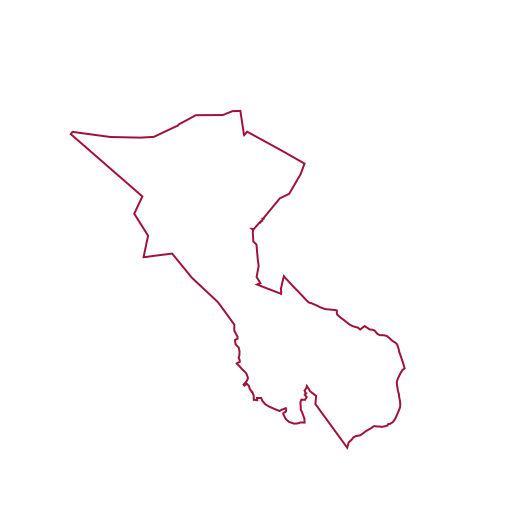 outline of San Juan Yucuita, Oaxaca, Mexico, rotated 138°
{"feature_id": "50627088B89370206265788", "entity_name": "San Juan Yucuita", "entity_type": "district", "adm_level": 2, "iso_a3": "MEX", "parent_name": "Mexico", "parent_adm1": "Oaxaca", "projection": "equal_earth", "projection_center": [-97.266, 17.522], "detail": "fine", "context": "isolated", "style": "outline", "palette": "rose", "viewbox_px": 512, "rotation_deg": 138, "n_neighbors": 0, "source": "geoboundaries", "source_scale": "gbopen_adm2", "svg_char_len": 2967}
<svg xmlns="http://www.w3.org/2000/svg" viewBox="0 0 512 512"><g transform="rotate(138 256 256)"><path d="M318.0,219.9L318.0,219.5L319.7,217.6L320.7,216.7L322.2,214.8L322.8,212.2L323.7,208.5L324.9,207.0L326.3,207.3L327.8,207.6L329.0,206.0L330.3,203.8L330.1,199.6L332.0,196.2L334.9,193.2L336.7,192.3L337.8,189.6L338.8,188.2L341.5,189.0L342.3,189.0L342.0,184.3L342.1,182.8L342.1,180.7L341.8,178.5L341.7,176.1L341.9,174.8L343.5,170.9L344.9,169.9L347.1,169.2L351.3,168.7L351.4,167.5L348.3,167.1L348.2,164.1L349.6,161.4L349.8,160.0L349.8,158.9L350.3,157.7L349.8,157.3L350.4,155.8L351.1,153.8L353.9,150.6L353.4,150.2L351.6,148.0L350.3,149.8L347.2,147.0L348.2,144.0L348.2,143.5L348.3,139.5L347.0,135.3L344.7,130.2L342.3,125.1L340.2,124.7L335.7,123.0L336.4,121.5L338.1,120.3L340.4,121.0L341.2,120.7L341.6,120.1L342.6,116.4L343.0,114.8L342.5,110.7L340.0,106.1L338.0,104.4L336.1,103.2L334.1,102.4L331.4,99.7L328.9,102.7L328.1,104.7L326.0,109.9L325.5,112.0L323.4,114.3L321.0,117.5L318.6,118.8L318.1,118.7L318.1,118.4L315.8,116.3L312.7,117.3L312.7,120.2L311.7,120.2L310.6,120.4L311.0,121.2L309.8,123.2L309.9,123.4L307.0,124.2L305.2,125.3L306.3,119.1L305.1,112.7L304.9,111.8L310.9,106.3L316.5,52.5L311.9,55.4L308.0,55.5L305.0,56.0L302.1,55.3L299.5,53.6L298.2,52.9L291.5,52.3L289.3,51.8L285.1,50.9L283.0,50.8L282.0,50.5L279.9,48.1L277.7,46.0L277.0,44.9L275.3,43.9L273.3,42.8L271.6,42.0L270.4,42.7L268.9,41.6L265.6,41.0L261.7,41.8L253.2,45.6L250.1,47.2L247.9,49.4L245.6,52.6L244.2,55.1L242.4,57.4L240.7,61.0L239.0,63.4L237.5,65.8L235.5,68.4L232.3,70.1L226.5,72.4L223.4,73.3L220.7,73.1L218.5,77.6L214.7,86.4L213.9,88.7L212.9,90.0L210.3,95.8L210.4,98.2L211.5,102.0L211.8,106.0L212.3,108.9L213.3,110.6L214.7,112.3L216.8,114.1L217.9,116.6L217.9,118.6L217.7,121.0L218.6,123.0L220.6,125.2L222.2,131.3L227.8,131.6L228.2,134.6L229.8,137.0L231.2,139.5L232.4,142.6L233.3,148.3L234.3,153.3L234.7,156.2L234.8,158.2L234.4,159.2L233.7,159.9L232.9,160.9L232.4,161.7L234.6,164.3L239.9,170.0L240.8,171.5L242.7,175.2L243.9,178.4L245.0,180.7L246.3,183.7L247.7,185.7L248.0,187.2L248.2,192.2L248.2,195.1L248.4,199.1L248.3,200.0L248.5,203.6L248.7,208.6L248.8,213.5L248.9,222.3L250.9,220.9L253.2,219.4L255.4,217.8L258.5,215.6L259.3,215.2L261.0,212.8L262.7,211.1L274.3,234.1L270.9,232.9L269.6,240.0L260.6,246.9L257.4,251.7L248.0,264.2L248.3,268.5L242.6,275.7L240.7,277.2L240.9,278.9L240.7,278.7L239.7,277.5L230.8,278.5L230.7,278.0L230.3,278.0L229.0,278.6L228.4,278.2L227.7,278.0L226.3,279.4L225.5,278.5L225.2,278.6L225.1,279.1L199.7,282.9L189.8,280.0L168.2,286.9L158.1,292.2L166.8,318.3L179.4,354.3L183.9,353.7L183.6,354.5L170.5,374.3L176.6,379.4L186.4,383.0L206.5,400.9L225.0,405.4L226.8,405.2L232.9,407.1L234.5,407.6L247.6,411.5L251.5,412.7L252.2,412.9L262.7,421.3L284.7,442.0L309.3,471.0L312.1,470.5L300.6,376.3L318.2,368.9L322.6,343.3L340.3,330.4L338.6,329.0L331.0,323.9L316.7,313.9L318.2,282.7L315.6,252.4L315.2,247.0L316.2,236.7L318.0,219.9Z" fill="none" stroke="#9f1239" stroke-width="2"/></g></svg>